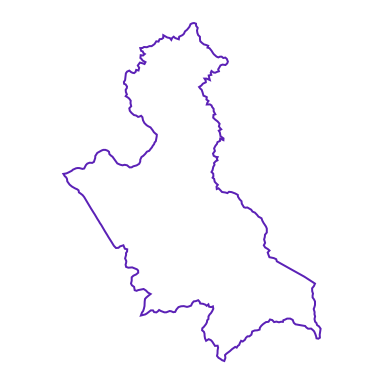 the district of Campo Largo, Paraná, Brazil
{"feature_id": "56859067B88881435376301", "entity_name": "Campo Largo", "entity_type": "district", "adm_level": 2, "iso_a3": "BRA", "parent_name": "Brazil", "parent_adm1": "Paraná", "projection": "albers", "projection_center": [-49.618, -25.266], "detail": "fine", "context": "isolated", "style": "outline", "palette": "violet", "viewbox_px": 384, "rotation_deg": 0, "n_neighbors": 0, "source": "geoboundaries", "source_scale": "gbopen_adm2", "svg_char_len": 5966}
<svg xmlns="http://www.w3.org/2000/svg" viewBox="0 0 384 384"><path d="M319.9,337.7L319.7,334.7L320.6,328.7L319.0,326.4L317.1,325.1L316.4,323.0L315.1,321.7L314.5,319.0L315.1,316.4L314.5,314.3L314.6,312.1L313.7,309.0L314.4,307.2L315.0,305.0L315.0,301.5L314.0,299.4L312.6,297.5L312.6,295.4L313.0,293.7L312.2,291.2L312.1,288.3L313.9,286.1L315.0,283.6L304.2,276.6L292.7,270.2L276.8,261.3L276.2,259.2L273.8,258.1L271.9,257.7L269.4,257.2L268.4,254.6L267.7,252.5L269.5,250.5L267.9,249.1L265.1,247.4L263.8,245.3L265.1,242.9L264.1,239.4L264.8,237.0L265.0,234.7L266.8,232.5L266.8,228.6L266.0,226.6L264.7,224.6L263.6,223.0L262.3,220.6L261.5,218.3L259.9,217.4L258.5,216.7L257.1,214.9L254.9,212.6L252.5,211.6L251.2,209.7L247.4,207.5L245.4,207.7L243.9,207.2L241.8,203.7L241.5,201.2L239.7,199.4L238.0,196.7L237.8,194.9L235.3,193.5L231.6,192.1L229.0,191.8L227.4,193.1L225.4,192.5L222.0,192.0L220.3,190.1L218.5,188.3L216.8,189.0L216.5,186.7L217.8,184.8L216.2,183.4L214.7,181.7L214.1,178.8L212.6,177.7L213.4,176.2L213.2,173.6L211.5,172.0L212.5,170.3L213.3,166.8L214.5,164.8L214.0,163.1L215.7,161.2L217.5,160.3L216.8,158.8L217.6,157.1L215.9,156.9L213.7,155.8L213.0,153.6L214.9,151.0L214.1,148.4L215.5,145.7L216.9,144.0L217.5,142.1L219.9,141.0L220.2,138.7L223.4,140.1L223.5,138.4L220.5,136.2L219.8,132.3L218.8,130.7L221.2,129.3L219.9,127.9L218.9,126.3L219.6,123.8L217.7,121.5L215.2,119.6L213.2,117.7L213.5,114.9L215.3,114.3L213.7,111.3L213.6,108.8L212.2,107.1L211.5,105.4L209.9,104.4L206.8,104.5L207.4,102.6L208.5,101.0L206.4,99.5L206.8,97.2L205.1,96.3L203.5,95.7L202.5,92.2L201.6,89.7L200.3,88.6L199.1,87.0L201.3,85.6L202.9,83.7L205.8,82.3L205.7,80.5L204.5,78.6L206.6,78.6L209.8,80.0L209.3,78.2L208.7,75.5L211.3,74.9L210.7,72.8L211.5,71.0L213.5,72.5L215.2,72.7L217.2,71.8L218.9,71.3L218.2,69.3L219.2,67.7L220.5,65.4L222.5,64.6L225.5,65.0L227.2,63.4L227.9,61.6L226.8,58.9L225.3,57.6L223.3,58.0L221.7,56.7L219.9,56.7L218.3,57.4L216.5,56.6L213.8,54.2L212.8,52.8L211.5,50.7L209.5,48.2L207.5,47.6L208.2,45.8L205.9,44.9L203.9,44.4L202.0,42.9L200.3,41.3L200.0,39.6L199.9,36.7L198.2,35.1L197.4,33.0L197.0,30.5L197.7,27.9L196.1,25.8L196.0,23.7L194.1,23.0L192.3,23.3L190.5,24.2L189.5,26.7L188.5,28.0L187.0,29.8L185.0,31.4L183.9,33.8L182.5,35.1L179.2,36.7L178.8,39.3L175.3,38.1L173.7,36.7L172.2,37.9L171.3,39.9L169.8,38.0L167.3,37.5L163.3,35.2L163.2,37.9L161.7,39.0L159.6,39.2L158.5,41.6L156.3,41.3L154.5,44.1L151.7,46.1L149.5,46.1L146.9,47.2L144.0,47.0L142.4,48.0L140.3,48.1L141.2,50.9L142.7,51.4L143.5,53.1L144.8,54.0L143.0,55.5L140.7,55.2L140.4,58.0L141.7,59.2L142.7,60.6L145.5,62.1L144.5,64.0L142.6,63.3L139.9,62.6L137.8,65.5L139.2,67.8L138.5,70.5L136.2,69.9L135.6,71.9L134.1,73.1L132.6,72.8L131.1,72.1L129.3,70.6L127.1,71.6L125.9,73.3L125.5,76.6L125.1,80.1L123.9,82.0L124.1,83.8L125.6,84.4L127.0,86.5L126.8,88.1L125.7,89.8L125.9,92.1L126.9,94.4L125.7,96.2L127.6,97.3L129.1,98.5L130.7,100.7L130.5,103.2L131.2,106.2L129.3,108.3L129.8,110.8L131.4,112.8L133.9,115.0L136.3,115.6L138.1,116.9L139.6,116.5L141.1,115.8L142.4,117.2L143.0,120.3L144.4,123.0L146.6,125.2L148.3,126.3L150.5,127.4L152.7,130.3L153.9,132.2L155.6,133.7L156.8,134.6L156.7,136.4L155.8,141.2L154.6,142.5L154.1,144.1L152.7,145.9L151.9,147.4L150.7,148.8L149.2,150.8L146.9,151.7L145.3,153.8L143.3,155.8L141.5,157.0L140.3,159.6L140.2,161.7L139.2,163.8L136.6,165.4L133.3,166.3L131.7,167.3L129.6,167.4L127.1,165.3L124.7,164.8L122.5,165.3L120.2,164.7L117.3,163.4L112.5,156.7L111.2,155.8L109.4,154.1L109.0,151.8L107.6,150.7L105.5,149.9L103.2,149.9L101.6,150.5L97.3,152.9L95.3,156.0L95.2,158.0L94.6,159.8L93.9,161.9L92.2,162.9L89.6,162.7L87.3,163.6L85.9,165.1L84.2,168.5L82.5,168.9L79.5,168.1L77.8,168.0L76.0,168.3L72.9,169.7L71.7,170.8L68.4,172.5L66.4,173.4L63.4,173.9L64.8,176.2L66.2,177.4L67.0,179.0L67.3,181.4L69.6,184.6L72.0,186.6L75.3,188.5L77.2,189.3L78.6,190.4L78.9,192.4L80.4,193.4L82.6,195.1L84.2,197.1L91.0,208.5L93.7,212.8L94.8,214.5L97.5,219.1L99.0,221.4L99.8,222.9L101.2,224.9L104.7,230.9L105.8,232.7L107.3,235.1L108.4,237.0L111.2,241.4L113.9,245.8L116.0,248.0L118.5,247.8L120.0,246.4L123.4,245.3L124.8,248.7L127.2,249.3L127.1,251.5L126.0,253.1L126.1,254.9L125.1,258.4L126.3,261.1L126.1,262.9L125.6,264.7L126.1,266.9L128.3,267.7L132.2,267.4L136.9,269.3L138.1,270.5L138.2,272.7L136.2,274.4L133.4,275.7L131.7,277.3L131.7,280.8L131.0,283.5L131.9,285.3L134.1,286.9L134.7,290.2L136.6,290.8L138.2,290.1L143.6,289.0L145.8,290.4L148.0,292.6L150.6,294.0L148.2,295.9L146.2,297.6L145.0,299.0L144.7,301.5L144.5,306.1L143.9,308.7L143.1,311.1L142.0,312.5L140.9,315.5L145.3,314.4L146.8,313.5L150.8,310.4L153.0,310.4L154.1,312.1L156.4,312.4L158.0,311.2L159.1,310.0L160.9,311.0L164.3,312.3L166.3,312.3L169.7,311.0L171.3,311.3L173.3,312.2L175.2,311.9L176.4,309.5L178.5,307.1L181.0,306.3L183.8,306.1L187.0,306.9L188.7,306.5L191.1,305.6L192.2,303.2L193.7,301.4L195.9,301.1L198.2,300.2L199.7,301.9L200.2,303.5L203.0,303.8L205.4,304.7L206.7,305.8L208.4,304.4L209.1,306.7L211.2,307.1L212.9,306.4L213.3,308.8L212.1,311.3L210.9,313.2L209.7,314.4L208.5,316.4L208.4,319.1L207.2,320.3L206.9,322.3L206.0,324.1L203.9,326.8L202.3,328.3L202.1,330.3L203.9,331.8L204.5,333.6L204.6,335.9L205.0,338.3L206.1,340.8L208.7,339.2L210.8,340.1L212.1,341.4L215.0,345.9L217.6,345.7L218.1,347.5L217.6,350.4L217.5,353.5L217.0,355.9L218.5,357.8L220.4,358.9L222.1,360.2L224.3,361.0L225.4,357.9L225.0,355.1L226.4,353.7L229.8,351.2L232.1,349.1L235.2,346.9L236.7,347.6L237.8,345.9L239.2,344.9L239.8,343.2L241.1,340.8L242.7,341.5L244.9,339.8L245.9,337.8L247.5,336.3L249.4,336.3L251.4,334.7L252.2,331.5L254.6,330.5L257.4,330.3L259.6,329.6L259.9,327.7L261.3,325.8L263.0,324.2L264.5,323.1L266.0,322.1L268.5,321.8L270.0,319.5L272.3,320.1L274.1,322.1L276.4,321.6L279.0,322.3L281.1,321.7L282.9,321.9L283.4,320.2L284.9,319.7L287.1,318.6L290.2,318.6L292.7,319.9L293.8,322.8L295.5,324.3L300.5,325.2L305.1,326.0L306.4,327.5L308.1,328.7L311.1,328.6L312.6,329.8L314.1,331.3L315.2,333.7L316.1,336.3L316.5,338.3L318.3,338.7L319.9,337.7Z" fill="none" stroke="#5b21b6" stroke-width="2"/></svg>